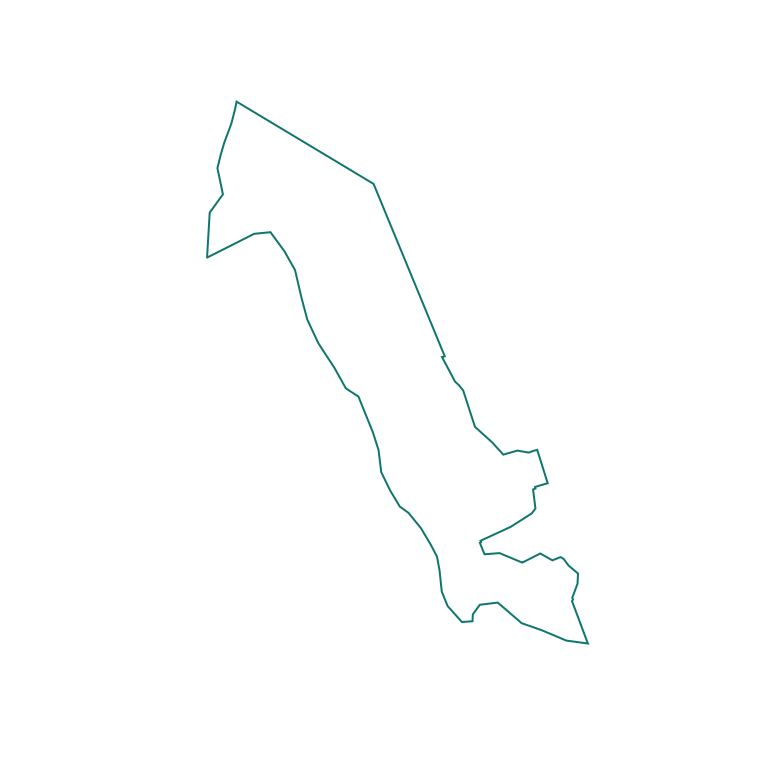 Serakhs, Ahal, Turkmenistan, rotated 338°
{"feature_id": "10190150B96789976776616", "entity_name": "Serakhs", "entity_type": "district", "adm_level": 2, "iso_a3": "TKM", "parent_name": "Turkmenistan", "parent_adm1": "Ahal", "projection": "equal_earth", "projection_center": [61.378, 36.209], "detail": "fine", "context": "isolated", "style": "outline", "palette": "teal", "viewbox_px": 768, "rotation_deg": 338, "n_neighbors": 0, "source": "geoboundaries", "source_scale": "gbopen_adm2", "svg_char_len": 1159}
<svg xmlns="http://www.w3.org/2000/svg" viewBox="0 0 768 768"><g transform="rotate(338 384 384)"><path d="M266.6,200.6L319.8,196.1L335.6,200.7L341.4,223.6L344.2,245.0L339.9,272.5L337.0,295.5L338.4,321.6L344.1,350.7L347.0,373.8L355.6,386.1L355.6,424.7L354.2,443.2L348.4,464.8L349.8,484.9L352.7,503.5L358.5,512.8L364.2,531.4L367.1,550.0L368.5,563.9L365.6,577.9L359.8,598.1L359.8,613.7L367.1,633.9L377.2,637.1L380.1,630.8L390.2,624.6L407.6,629.3L422.0,657.3L438.0,671.4L456.8,690.1L475.8,701.0L477.0,655.8L478.5,654.6L478.5,652.7L488.6,641.7L492.9,632.4L487.1,621.5L485.0,613.4L482.8,610.6L474.1,610.6L465.4,599.7L446.6,601.3L446.4,601.1L445.2,601.3L427.8,584.1L413.4,579.5L413.4,567.1L414.8,567.0L414.8,565.5L448.0,563.9L472.6,559.3L477.8,556.1L482.7,537.6L485.3,537.6L485.6,536.0L498.6,537.3L501.4,502.5L497.1,501.9L492.8,501.9L491.6,501.2L491.3,501.2L490.9,500.8L482.7,495.7L468.2,494.2L462.2,478.2L452.3,457.8L455.0,419.6L453.0,413.1L450.8,408.5L447.9,380.7L450.7,381.1L449.3,194.6L353.1,67.0L348.5,73.9L340.0,85.4L326.4,100.3L318.4,110.4L310.4,121.5L305.7,147.8L286.6,159.8L267.3,200.5L266.6,200.6Z" fill="none" stroke="#0f766e" stroke-width="2"/></g></svg>